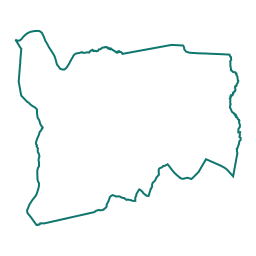 the district of Luruaco, Atlántico, Colombia
{"feature_id": "7082276B62382925413250", "entity_name": "Luruaco", "entity_type": "district", "adm_level": 2, "iso_a3": "COL", "parent_name": "Colombia", "parent_adm1": "Atlántico", "projection": "natural_earth1", "projection_center": [-75.143, 10.631], "detail": "fine", "context": "isolated", "style": "outline", "palette": "teal", "viewbox_px": 256, "rotation_deg": 0, "n_neighbors": 0, "source": "geoboundaries", "source_scale": "gbopen_adm2", "svg_char_len": 5615}
<svg xmlns="http://www.w3.org/2000/svg" viewBox="0 0 256 256"><path d="M229.4,54.6L221.8,54.2L209.3,53.7L205.8,53.5L198.3,53.3L194.2,53.0L193.1,53.0L188.9,52.6L186.1,51.6L184.2,49.2L184.2,47.9L183.9,47.0L183.5,46.1L183.0,45.5L171.6,44.9L122.8,53.8L122.6,53.9L122.2,53.5L121.9,52.8L121.5,52.4L120.8,52.0L120.3,52.0L119.3,51.3L118.9,52.1L118.7,52.2L118.1,51.5L117.9,51.7L117.5,51.6L117.2,51.7L116.7,52.3L116.7,52.6L116.0,52.2L115.3,51.5L114.7,51.3L113.7,50.4L112.9,50.2L112.4,49.6L111.4,49.2L110.8,48.4L110.6,48.4L110.5,48.5L110.7,49.0L110.4,49.3L109.9,48.9L109.2,49.0L108.9,48.8L108.9,48.5L108.9,48.4L108.3,48.6L108.0,48.4L107.9,48.2L108.1,47.9L107.8,47.5L107.0,47.3L106.6,47.5L106.5,47.4L106.3,47.1L106.0,46.9L105.3,47.1L104.7,47.1L104.2,47.5L103.2,47.5L102.1,47.8L100.9,48.9L100.4,49.2L99.6,49.4L98.8,49.4L98.4,50.2L98.0,50.8L96.9,51.1L96.7,51.3L95.4,51.0L94.9,50.7L94.5,50.8L93.9,51.2L93.6,51.2L93.1,50.9L92.9,50.2L92.4,49.8L92.0,50.2L91.4,50.3L91.0,50.7L90.2,51.0L89.9,51.7L89.6,51.9L89.4,52.3L89.1,52.6L88.4,52.4L87.6,52.3L86.3,52.5L85.0,52.8L82.8,52.8L82.4,52.7L81.9,52.1L81.3,52.3L79.3,53.0L77.6,53.2L75.9,53.6L75.0,54.1L74.4,54.6L73.3,55.9L72.7,57.2L71.2,59.7L70.8,60.6L70.1,61.6L69.4,63.2L66.6,67.7L64.5,69.5L63.0,69.6L60.2,68.8L58.7,66.8L56.9,64.4L55.7,59.8L54.7,56.6L53.2,53.7L51.2,50.7L48.9,47.2L47.4,44.2L45.3,40.7L44.5,38.5L43.4,35.8L41.8,32.7L39.5,31.1L38.2,30.9L34.9,31.0L31.9,31.5L29.8,32.1L27.5,33.2L24.9,35.2L22.8,37.4L21.5,39.1L19.8,40.4L18.0,40.8L16.1,40.1L15.4,39.6L20.6,48.0L21.3,48.7L20.3,60.4L20.3,62.7L19.9,66.4L18.7,81.7L20.2,90.0L20.5,92.0L21.3,95.6L21.6,96.0L24.2,98.7L27.1,101.7L27.4,102.0L28.1,102.3L29.0,102.9L29.7,103.8L31.2,105.1L33.3,106.5L34.8,107.3L36.1,108.6L36.7,109.0L36.9,109.3L37.0,112.5L37.0,113.6L37.2,114.5L37.4,116.3L37.7,117.6L38.0,118.3L38.7,119.3L39.3,120.5L40.1,123.4L40.5,124.4L41.6,126.2L42.3,126.9L42.6,127.2L42.7,127.7L42.4,128.3L42.2,128.2L41.8,128.7L41.3,130.0L40.6,131.1L39.7,131.8L39.0,134.6L37.5,137.9L36.3,141.2L35.9,143.8L36.2,144.3L37.0,145.3L36.6,146.4L38.0,148.6L37.7,149.6L37.8,152.1L38.6,153.2L39.2,155.1L39.4,156.8L38.8,158.3L38.5,160.1L39.0,162.3L39.0,166.3L37.9,168.0L37.3,170.7L37.3,174.1L37.5,177.9L37.5,179.6L38.3,182.1L39.0,183.2L38.9,186.2L38.2,189.3L37.4,191.8L36.0,195.5L32.3,200.1L29.5,204.4L28.1,207.9L27.0,210.5L27.5,213.0L31.1,217.5L36.4,224.9L37.3,225.1L37.7,224.9L37.9,224.6L38.1,224.5L38.5,224.7L39.0,224.4L39.5,224.5L39.8,224.3L40.1,223.9L40.3,223.3L44.2,223.4L94.4,212.1L96.1,210.7L96.9,210.6L98.8,209.9L100.4,210.4L103.6,209.7L104.2,208.8L105.1,208.3L105.8,207.7L106.7,206.5L106.6,204.8L108.4,201.3L109.4,198.6L109.8,197.2L110.8,196.1L112.5,195.1L113.8,195.5L115.1,196.0L115.8,196.5L118.7,196.3L120.5,196.8L121.0,197.3L121.6,197.4L122.5,197.9L123.4,198.0L124.2,198.0L125.1,198.9L126.6,199.9L127.5,199.6L128.6,199.6L129.7,200.0L131.0,200.1L131.7,200.6L133.2,200.9L135.2,200.9L135.1,200.6L135.3,199.5L135.3,197.7L135.7,196.5L136.0,196.3L136.2,195.9L136.3,195.6L136.2,195.0L136.5,193.9L137.2,192.8L138.3,190.8L139.3,189.4L140.4,189.9L140.8,190.3L141.7,191.2L142.5,191.8L143.1,192.9L143.8,193.6L144.3,193.9L144.9,194.5L145.8,195.1L146.4,195.7L146.9,195.9L148.1,195.7L148.6,195.9L150.0,191.2L150.8,188.7L151.2,188.7L151.4,188.0L152.1,186.7L152.1,184.5L152.4,183.5L152.7,182.9L153.5,182.0L154.6,181.1L155.0,180.7L155.6,179.4L156.4,177.5L157.0,176.9L158.6,175.0L158.9,174.8L158.7,171.1L158.8,169.3L159.3,168.5L160.6,167.8L161.5,167.6L163.0,166.4L163.2,166.0L164.5,165.9L165.0,165.7L167.6,164.3L170.1,167.4L172.4,170.5L174.6,173.0L176.8,175.1L180.3,177.9L180.3,178.1L181.8,178.6L182.7,178.8L183.6,178.7L186.6,177.9L187.7,177.8L188.3,178.0L191.4,179.0L193.3,177.3L199.1,171.4L199.2,170.9L206.0,159.2L221.0,165.8L224.8,167.9L227.3,169.9L233.1,176.3L236.2,159.7L236.2,159.3L237.4,153.4L236.9,151.0L237.0,149.8L236.9,149.7L236.7,149.0L237.4,148.4L237.5,147.8L238.9,144.2L239.3,141.3L240.6,140.0L240.6,137.8L239.4,136.9L239.5,136.7L239.7,136.2L239.7,135.6L239.8,135.0L239.9,134.9L239.7,134.3L240.1,132.2L238.3,132.3L238.3,131.3L238.4,130.7L238.4,129.5L238.6,128.6L239.8,127.1L239.9,125.9L239.9,124.7L239.3,123.4L239.0,121.8L239.4,120.7L239.1,119.9L238.5,119.8L237.8,118.9L237.6,118.0L237.0,117.5L236.7,117.2L236.6,116.9L236.5,117.3L236.0,117.0L235.6,116.0L235.0,114.3L234.8,114.1L234.8,114.3L234.6,114.5L234.4,114.3L234.1,113.8L233.9,113.4L232.3,112.1L231.8,111.6L231.4,110.4L230.7,108.8L229.9,107.5L230.2,105.5L230.6,104.5L230.6,104.4L230.4,104.3L230.5,104.0L230.6,103.8L230.1,102.7L230.2,102.4L230.3,101.2L230.3,100.5L230.2,100.0L230.4,99.0L229.9,98.5L230.1,98.3L230.1,98.1L230.5,97.8L230.7,97.5L230.6,97.1L230.5,96.9L230.3,96.3L230.9,96.0L231.2,96.0L231.3,95.7L231.3,95.3L231.3,95.2L232.0,95.5L232.4,95.3L232.9,94.5L232.9,94.0L233.0,93.8L233.4,93.5L233.5,93.3L233.5,93.2L233.4,93.0L233.2,93.0L232.9,93.2L232.9,92.8L233.3,92.5L234.5,91.3L235.0,91.3L235.2,90.8L235.3,90.3L235.5,89.9L235.3,89.4L235.2,89.0L235.2,88.4L235.0,87.5L235.1,86.4L235.3,86.3L235.6,86.5L235.9,86.0L236.1,85.9L236.4,85.9L236.5,85.7L236.4,85.1L236.5,84.8L236.8,84.1L237.4,83.4L237.6,82.6L238.1,81.9L238.3,81.0L238.3,80.8L237.9,80.4L237.8,80.1L237.8,79.6L237.5,78.2L237.5,77.2L237.4,76.5L236.3,74.8L236.3,74.5L236.5,74.1L236.5,73.8L236.4,73.8L236.1,73.9L235.9,73.7L235.9,73.1L235.5,72.4L234.6,72.2L233.4,72.1L232.8,71.8L231.9,70.8L231.3,70.5L230.9,70.2L230.8,69.9L231.1,69.2L231.0,68.8L230.8,68.2L230.6,66.8L230.4,66.4L230.5,65.7L230.3,65.1L230.4,64.0L230.4,62.5L230.2,61.8L230.2,61.5L230.3,61.2L231.0,60.2L231.2,59.8L231.2,59.4L231.0,58.5L231.0,57.2L230.9,57.0L230.7,56.7L230.2,56.5L230.0,55.7L229.6,55.3L229.4,54.6Z" fill="none" stroke="#0f766e" stroke-width="2"/></svg>